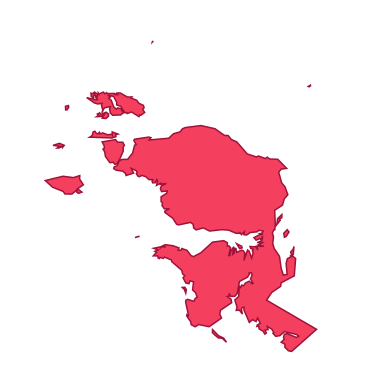 an SVG outline of Papua Barat, rotated 10°
{"feature_id": "IDN-1933", "entity_name": "Papua Barat", "entity_type": "Province", "adm_level": 1, "iso_a3": "IDN", "parent_name": "Indonesia", "parent_adm1": "", "projection": "orthographic", "projection_center": [132.375, -1.612], "detail": "fine", "context": "isolated", "style": "filled", "palette": "rose", "viewbox_px": 384, "rotation_deg": 10, "n_neighbors": 0, "source": "natural_earth", "source_scale": "10m", "svg_char_len": 6076}
<svg xmlns="http://www.w3.org/2000/svg" viewBox="0 0 384 384"><g transform="rotate(10 192 192)"><path d="M317.8,331.7L314.4,331.6L310.4,328.7L309.9,325.7L305.9,324.5L308.5,321.0L307.4,319.6L307.6,316.1L310.0,314.9L320.1,317.1L322.8,314.9L321.5,315.7L320.1,314.2L307.4,313.4L303.5,318.2L299.5,319.6L296.2,317.1L297.0,316.2L294.5,313.3L289.4,311.3L290.8,314.3L287.9,315.3L289.7,318.0L288.4,319.3L286.1,316.7L281.9,315.2L280.8,312.3L279.2,313.1L279.4,311.6L282.0,309.5L278.5,304.7L277.6,308.5L273.9,307.2L271.1,310.5L263.6,299.1L263.3,296.5L261.5,297.1L261.0,298.7L262.8,303.5L259.3,300.2L256.1,300.9L256.4,297.6L252.9,290.9L256.1,286.7L255.1,277.6L255.5,276.7L256.5,277.6L257.2,275.0L259.1,275.4L260.5,272.3L263.8,269.9L267.3,272.0L268.1,271.4L264.7,267.5L265.6,263.4L264.5,261.2L262.2,261.9L262.9,262.9L261.4,266.3L254.3,271.8L254.1,284.4L252.2,287.3L248.1,288.1L246.2,285.3L246.5,288.1L244.9,288.8L249.1,290.8L250.3,294.1L240.6,303.5L240.6,307.6L243.0,311.0L232.3,321.7L221.7,321.4L218.5,324.2L214.2,322.8L213.3,320.1L208.3,315.0L208.3,313.8L209.8,314.9L209.8,313.7L204.8,301.4L204.8,299.6L206.2,298.5L212.8,299.3L213.6,296.3L215.4,294.6L212.8,290.4L209.6,288.4L209.1,280.2L205.4,279.9L205.0,282.8L201.7,282.7L198.1,278.1L199.4,275.7L197.0,274.3L195.5,270.9L184.2,264.1L183.4,262.5L176.2,260.9L175.2,262.4L171.9,261.9L171.6,263.2L170.2,263.0L169.3,260.9L165.0,261.6L167.5,257.6L165.7,256.9L168.6,254.9L164.0,254.1L169.7,251.8L170.5,252.5L170.9,251.3L175.8,250.7L172.1,250.4L174.8,248.5L182.7,248.2L188.9,249.3L188.5,251.8L191.4,251.1L191.8,249.4L197.2,250.3L202.1,254.8L204.7,255.4L211.3,250.3L220.9,237.8L231.7,234.4L235.6,235.8L236.3,239.1L237.8,238.7L239.7,240.3L239.2,248.2L240.4,248.1L240.4,243.7L242.6,238.6L242.9,246.4L244.1,245.0L244.1,240.0L245.1,240.1L246.5,243.6L251.1,240.6L252.6,240.9L254.6,242.8L255.1,250.4L256.8,239.5L258.6,240.4L262.2,246.7L262.8,241.5L261.6,239.2L262.4,237.7L259.6,237.4L258.6,235.6L264.0,234.9L267.1,237.7L264.9,234.2L272.2,233.0L266.6,232.4L270.0,229.7L264.9,230.5L269.3,227.9L269.3,223.2L268.2,226.9L266.8,226.1L263.5,228.3L260.9,226.2L265.7,222.5L269.3,221.4L266.4,221.0L268.2,220.3L268.8,218.1L264.4,218.1L263.1,219.9L256.6,221.7L253.2,224.9L250.5,225.0L250.5,222.1L248.1,225.4L245.7,223.2L246.3,224.4L242.6,225.0L234.7,223.2L228.0,223.9L216.1,227.4L209.4,225.4L202.6,228.6L199.9,227.1L198.7,223.6L195.9,222.2L184.6,226.7L182.4,226.4L177.6,221.2L168.8,216.8L168.6,215.5L172.9,212.3L167.7,213.4L164.8,210.5L164.8,207.8L163.2,206.8L162.4,202.1L167.2,197.7L167.5,195.3L161.9,196.9L160.2,194.0L160.8,191.3L165.3,188.0L159.9,189.8L160.3,188.9L159.4,188.8L155.9,191.6L156.2,187.0L155.2,185.8L154.2,189.3L151.6,189.8L150.7,187.8L151.6,186.9L150.6,186.5L147.6,187.3L143.7,184.9L139.8,184.4L137.5,186.1L136.0,185.8L134.0,183.7L134.6,182.1L133.6,180.8L128.0,179.3L131.2,183.5L124.2,187.2L123.2,185.2L120.0,183.5L113.5,183.7L110.8,182.5L110.9,181.0L113.6,179.2L114.9,174.1L117.3,172.1L123.0,171.0L126.8,163.8L127.3,155.8L128.8,155.0L125.8,151.4L126.2,150.0L139.9,145.4L142.1,145.6L140.7,148.2L159.7,143.1L163.7,137.8L169.9,134.8L171.5,131.5L174.2,129.7L189.3,125.0L203.7,125.7L214.1,130.6L217.8,130.1L221.7,133.5L227.3,134.8L239.8,144.9L249.4,146.3L251.1,145.0L258.5,146.3L260.0,144.6L263.0,146.0L270.8,144.9L281.1,152.3L275.9,154.0L273.9,157.3L278.7,167.4L282.7,170.8L286.9,178.1L284.1,182.6L283.4,189.2L276.6,195.7L279.6,209.2L280.1,214.9L279.1,215.1L278.3,218.5L280.0,221.7L280.5,228.8L282.7,233.3L289.3,240.1L293.1,251.8L296.4,258.0L300.0,256.6L297.1,246.0L297.5,241.0L301.2,238.4L300.1,237.8L300.8,236.9L305.6,239.5L307.3,256.8L295.5,266.0L295.7,269.5L288.0,277.0L284.2,285.6L338.5,305.6L317.8,331.7ZM129.1,119.2L131.6,121.9L128.3,125.3L127.3,125.0L126.7,127.0L118.5,123.7L114.6,126.0L114.2,125.1L112.2,125.7L107.0,120.1L102.6,119.3L102.3,116.7L98.3,111.6L93.5,111.2L92.9,111.6L95.0,112.7L93.7,114.1L96.5,115.6L100.2,121.9L103.3,123.5L104.2,122.1L107.4,122.3L110.6,126.0L108.4,128.5L100.4,130.2L97.8,128.3L96.4,124.6L96.8,122.1L91.1,124.3L89.4,129.7L90.0,127.1L87.7,122.1L88.1,120.3L83.8,121.7L80.3,121.2L71.9,117.3L81.5,118.0L82.9,117.2L80.9,115.9L82.3,115.0L81.9,113.4L80.8,115.0L80.1,113.8L78.3,114.1L78.7,116.7L76.2,115.4L75.3,112.2L77.3,112.3L78.3,110.9L79.4,113.4L79.4,110.9L83.1,112.3L82.7,110.9L83.4,111.6L87.4,109.0L89.2,110.5L90.7,109.0L91.5,109.8L98.3,108.4L98.7,109.4L100.9,109.3L101.9,109.0L100.1,108.3L100.7,107.6L104.1,106.9L111.9,109.7L116.3,108.8L115.6,110.1L121.5,111.2L124.5,113.9L129.1,115.1L130.2,117.4L129.1,119.2ZM83.8,203.8L78.7,208.7L83.6,211.2L80.3,213.1L78.5,212.1L78.4,209.8L74.1,214.9L67.2,216.0L65.1,213.8L53.9,211.5L45.5,206.2L62.2,198.9L72.8,198.4L78.6,195.3L79.1,198.8L83.8,203.8ZM116.4,159.6L117.2,163.6L115.3,171.5L113.2,177.1L111.3,178.2L109.2,176.4L106.1,177.4L100.6,172.1L99.0,167.5L96.9,165.2L98.0,164.4L97.6,161.9L94.8,158.2L107.6,153.7L110.2,155.9L115.2,155.0L117.3,157.8L116.4,159.6ZM109.0,147.8L106.8,148.9L107.5,150.7L103.8,152.7L81.6,155.8L83.8,153.9L84.2,150.0L85.8,149.0L87.9,151.1L89.6,150.8L90.3,149.2L91.5,150.7L93.8,149.3L99.2,150.3L102.8,149.0L103.7,150.0L103.0,146.7L109.0,147.8ZM96.3,129.7L96.6,131.9L94.4,134.6L90.7,134.8L92.0,131.2L89.4,133.4L84.9,134.4L86.7,132.6L84.5,131.2L85.6,131.9L87.2,130.0L88.8,131.5L93.5,128.3L96.3,129.7ZM248.5,330.4L252.1,334.0L247.2,330.8L243.3,331.1L239.5,329.0L236.5,326.9L236.1,323.9L243.1,328.9L248.5,330.4ZM58.1,168.2L56.7,170.7L56.3,169.6L53.1,171.9L51.6,172.1L53.8,170.0L47.0,170.2L53.0,167.1L58.1,168.2ZM292.3,212.6L294.5,214.5L292.5,219.4L290.9,220.5L289.5,216.8L292.3,212.6ZM284.4,198.6L284.9,201.7L282.9,203.3L283.8,204.5L281.2,209.4L280.9,203.4L284.4,198.6ZM250.3,236.8L251.1,238.3L248.8,239.5L245.0,235.2L250.3,236.8ZM301.9,227.9L302.6,236.0L300.9,236.3L299.5,234.0L301.5,231.0L301.9,227.9ZM55.3,128.3L55.9,130.1L54.6,132.9L53.3,133.1L52.5,129.6L55.3,128.3ZM203.4,289.2L203.4,292.7L201.4,289.3L199.0,287.7L201.4,287.0L203.4,289.2ZM143.7,246.8L147.2,244.9L148.0,244.8L143.7,246.8ZM288.1,67.9L290.1,66.2L290.3,66.9L289.0,68.1L288.1,67.9ZM126.8,51.0L127.7,50.0L126.8,51.4L126.8,51.0Z" fill="#f43f5e" stroke="#9f1239" stroke-width="1.5"/></g></svg>